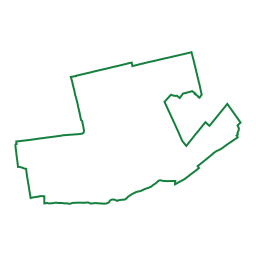 the district of Greaca, Giurgiu, Romania
{"feature_id": "2599482B7970474716808", "entity_name": "Greaca", "entity_type": "district", "adm_level": 2, "iso_a3": "ROU", "parent_name": "Romania", "parent_adm1": "Giurgiu", "projection": "mercator", "projection_center": [26.317, 44.122], "detail": "fine", "context": "isolated", "style": "outline", "palette": "green", "viewbox_px": 256, "rotation_deg": 0, "n_neighbors": 0, "source": "geoboundaries", "source_scale": "gbopen_adm2", "svg_char_len": 5136}
<svg xmlns="http://www.w3.org/2000/svg" viewBox="0 0 256 256"><path d="M237.7,137.4L237.3,136.6L236.6,135.5L237.5,134.9L237.6,134.7L237.8,134.6L237.8,134.4L237.7,134.1L237.6,133.8L237.4,133.4L237.5,133.1L237.8,132.5L238.0,132.0L238.1,131.4L238.3,130.9L238.5,130.6L238.6,130.2L238.8,129.8L238.8,129.6L238.8,129.3L238.8,129.1L238.8,128.7L238.7,128.5L238.7,128.2L238.8,128.1L237.6,125.6L237.5,125.4L239.0,124.0L240.5,122.6L238.9,120.2L227.3,103.9L219.7,113.3L209.5,125.8L207.5,124.1L205.4,122.2L201.7,126.8L199.8,129.1L199.2,130.0L195.7,134.1L191.9,138.9L188.3,143.4L187.5,144.4L186.3,145.9L183.5,142.5L181.9,140.3L181.2,138.6L180.2,136.3L178.9,133.2L174.9,124.4L169.9,113.5L168.8,111.2L167.1,107.5L164.5,101.8L165.0,101.3L171.0,94.7L171.5,94.9L172.5,95.4L175.3,95.9L177.0,95.8L179.7,98.0L183.0,93.6L184.4,93.2L184.4,93.3L190.7,91.6L192.1,91.1L195.2,93.4L195.1,93.5L194.8,94.0L197.8,96.0L198.1,96.8L199.5,97.7L201.7,94.7L201.0,91.7L200.8,90.6L200.5,89.5L200.3,88.5L200.1,87.6L199.9,86.7L199.7,85.6L199.5,84.8L199.1,83.1L198.8,82.2L198.5,80.7L198.1,79.1L197.4,76.3L196.8,73.5L196.4,72.1L196.1,70.8L195.6,68.6L195.1,66.6L194.9,65.7L194.2,62.7L193.8,61.1L193.3,59.3L192.9,57.6L192.3,55.4L191.5,52.2L190.1,52.6L184.5,53.9L178.0,55.4L176.9,55.7L176.7,55.7L175.8,55.9L172.3,56.7L168.9,57.5L166.3,58.1L163.9,58.6L163.1,58.8L161.5,59.2L159.5,59.6L157.3,60.2L155.4,60.6L152.5,61.3L151.4,61.5L150.7,61.7L149.5,61.9L147.0,62.5L143.4,63.4L139.9,64.2L136.1,65.2L134.2,65.6L132.4,66.1L132.1,64.5L131.7,62.6L130.4,62.9L129.3,63.1L127.7,63.5L125.1,64.2L124.4,64.3L122.5,64.8L121.3,65.1L120.0,65.4L118.1,65.9L114.3,66.7L111.4,67.4L108.0,68.2L107.8,68.3L106.5,68.6L103.4,69.3L98.7,70.4L94.0,71.5L89.7,72.6L84.8,73.7L79.8,74.9L75.9,75.8L75.9,76.1L73.4,76.5L70.8,76.9L71.9,80.6L73.4,87.0L74.2,90.1L75.3,95.5L76.2,97.9L76.4,99.2L77.4,103.0L77.7,104.2L77.9,105.5L78.2,107.1L78.8,109.4L79.8,113.9L80.5,117.3L80.9,119.6L81.0,119.9L81.2,120.2L81.7,120.5L82.0,120.8L82.2,121.2L82.4,122.2L82.6,123.5L83.2,126.0L83.4,127.2L84.0,130.6L83.8,131.5L83.7,132.4L83.5,132.6L83.3,132.9L83.0,133.2L82.5,133.5L81.8,133.7L80.1,133.9L78.8,134.1L78.2,134.2L77.5,134.2L76.8,134.3L75.8,134.3L74.7,134.4L72.6,134.6L70.3,134.7L69.4,134.8L68.4,134.9L66.6,135.0L65.6,135.1L63.9,135.2L63.7,135.2L63.0,135.3L61.2,135.6L60.6,135.8L58.1,136.1L55.2,136.5L54.3,136.6L52.8,136.8L49.8,137.2L47.0,137.5L45.2,137.8L42.2,138.2L39.4,138.5L36.9,138.9L35.4,139.1L28.6,140.1L25.6,140.4L16.3,141.5L16.4,142.8L16.6,144.0L15.7,144.2L15.4,145.1L15.6,147.5L16.1,151.2L16.4,154.1L16.8,157.4L17.3,160.8L17.7,164.4L18.0,166.7L18.0,166.9L18.5,166.9L19.4,166.9L21.4,167.4L22.6,167.8L23.7,168.3L24.5,168.6L26.1,168.8L26.1,169.1L26.2,169.5L26.2,170.0L26.3,170.5L26.4,171.0L26.4,171.5L26.5,172.5L26.6,173.0L26.7,173.3L26.7,173.5L26.7,173.9L26.8,174.4L26.9,174.9L26.9,175.3L27.0,175.4L27.0,176.0L27.1,176.5L27.2,177.0L27.2,177.4L27.3,177.6L27.4,178.1L27.4,178.6L27.6,179.4L27.7,180.0L27.8,180.7L27.8,180.9L27.9,181.5L28.0,182.0L28.1,182.7L28.2,183.2L28.3,183.7L28.4,184.2L28.4,184.3L28.5,184.7L28.6,185.2L28.6,185.4L28.7,185.7L28.9,187.4L29.4,190.8L30.3,196.0L30.6,198.0L31.2,197.8L31.5,197.7L32.4,197.5L35.1,197.1L39.0,196.5L39.4,196.2L40.0,196.2L41.1,196.1L43.3,196.2L43.9,196.2L44.2,196.4L44.3,196.4L44.3,198.4L44.3,201.9L44.3,203.4L44.9,203.4L45.5,203.3L46.1,203.1L46.9,203.0L47.2,203.0L48.0,203.3L48.7,203.4L49.6,203.4L51.3,203.3L52.2,203.2L53.1,203.2L54.9,202.8L55.6,202.7L56.5,202.7L58.1,203.0L60.0,203.0L61.1,203.0L61.8,203.0L63.5,203.2L64.1,203.3L65.0,203.4L66.1,203.3L67.0,203.3L67.3,203.3L68.5,203.7L69.0,203.8L69.6,203.7L70.3,203.7L71.1,203.5L71.9,203.1L72.7,202.9L74.4,202.8L75.3,202.8L76.2,202.8L77.1,202.7L78.1,202.7L79.8,202.7L81.6,202.7L82.5,202.8L83.4,202.8L84.1,202.8L85.1,202.7L86.0,202.6L86.8,202.5L87.4,202.5L88.1,202.5L88.8,202.7L89.3,202.9L90.0,203.3L90.4,203.5L91.3,203.5L91.7,203.5L92.2,203.4L93.2,203.3L93.9,203.2L94.7,203.1L95.7,203.1L96.9,203.2L97.9,203.2L98.8,203.4L100.1,203.4L101.9,203.5L102.8,203.6L103.4,203.7L104.5,203.6L105.4,203.6L106.0,203.6L106.5,203.4L107.3,203.1L108.1,202.7L108.8,202.5L109.1,202.0L109.5,201.4L109.8,200.9L110.5,200.2L111.2,199.8L111.7,199.7L113.0,199.5L113.7,199.5L114.2,199.6L114.8,199.8L115.5,200.1L116.7,200.5L117.3,200.9L118.4,200.3L119.6,200.1L121.3,199.8L123.0,199.7L124.0,199.6L124.9,199.5L125.4,199.3L126.5,198.3L127.9,196.9L128.4,196.5L130.0,195.4L132.1,194.1L133.0,193.6L134.6,192.8L135.4,192.4L136.0,192.1L137.7,191.6L138.7,191.4L139.4,191.3L140.3,191.1L141.1,190.8L142.7,190.0L143.5,189.6L145.1,188.9L148.0,188.0L149.3,187.5L150.4,187.0L151.1,186.7L152.5,185.5L153.7,184.6L154.7,184.0L155.5,183.5L156.8,182.4L158.3,181.0L158.7,180.7L159.6,180.4L160.4,180.3L161.0,180.4L161.6,180.6L162.4,180.8L163.6,180.9L166.0,181.1L167.3,181.1L168.8,181.1L171.4,181.0L175.3,181.0L175.1,183.0L175.1,183.7L175.0,184.1L175.0,184.3L176.0,183.8L177.4,183.0L181.2,180.9L184.6,179.1L184.8,178.9L185.5,178.4L187.2,177.1L190.4,174.6L194.8,171.3L196.5,170.0L197.8,169.0L199.0,168.0L198.3,167.1L197.6,166.2L210.6,155.7L213.1,153.5L213.9,152.8L216.8,150.9L219.6,149.7L221.9,148.3L227.3,144.4L229.0,143.2L237.7,137.4Z" fill="none" stroke="#15803d" stroke-width="2"/></svg>